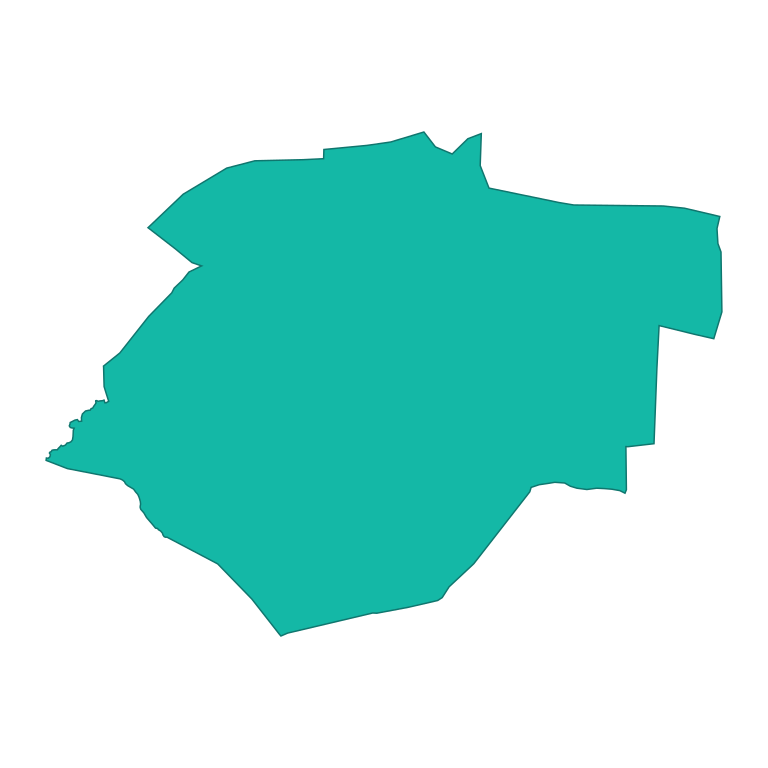 Silame, Sokoto, Nigeria
{"feature_id": "59680162B89701706643364", "entity_name": "Silame", "entity_type": "district", "adm_level": 2, "iso_a3": "NGA", "parent_name": "Nigeria", "parent_adm1": "Sokoto", "projection": "orthographic", "projection_center": [4.756, 12.99], "detail": "fine", "context": "isolated", "style": "filled", "palette": "teal", "viewbox_px": 768, "rotation_deg": 0, "n_neighbors": 0, "source": "geoboundaries", "source_scale": "gbopen_adm2", "svg_char_len": 2092}
<svg xmlns="http://www.w3.org/2000/svg" viewBox="0 0 768 768"><path d="M280.9,636.0L281.4,635.8L287.6,633.1L288.0,633.0L372.7,613.0L376.8,613.2L408.7,607.2L437.7,600.5L442.2,597.6L449.1,586.8L473.8,563.7L529.8,491.8L531.1,487.4L539.2,484.7L548.1,483.4L554.8,482.3L564.7,483.0L570.3,486.2L576.9,488.2L586.9,489.5L596.7,488.2L604.5,488.6L611.8,489.2L619.8,490.6L625.0,493.2L626.4,489.7L625.9,446.6L627.9,446.7L654.0,443.7L656.9,368.3L659.1,325.6L694.9,334.4L713.8,338.7L721.9,311.9L721.0,252.0L717.9,243.5L717.0,228.6L719.8,216.5L684.5,208.2L663.3,206.0L573.8,205.0L558.8,202.5L489.0,188.1L480.2,165.6L481.3,133.6L467.9,138.7L452.2,154.0L435.4,146.9L423.9,132.0L390.7,142.0L367.0,145.4L323.9,149.5L323.6,158.7L303.0,159.7L254.8,160.8L226.7,168.1L183.2,194.2L148.0,227.7L175.4,248.9L192.0,262.6L201.6,265.9L198.7,267.3L189.0,272.0L182.7,280.0L174.2,288.1L171.8,292.8L148.8,316.3L119.8,353.0L103.5,366.1L103.6,367.3L104.1,386.6L106.5,394.4L108.7,401.3L106.1,402.8L104.8,402.8L104.5,401.4L104.0,400.1L102.9,400.6L101.4,400.8L100.0,400.9L98.0,401.3L96.8,400.6L95.8,400.7L95.7,401.6L96.0,402.8L96.0,403.0L95.1,404.4L93.7,406.3L92.7,408.1L91.1,408.6L90.2,410.2L88.5,410.3L85.5,411.0L82.4,414.0L81.4,417.6L81.6,421.2L80.4,421.3L80.2,421.3L78.7,421.5L77.4,419.6L74.9,420.1L72.2,421.5L70.2,422.5L70.0,424.0L69.3,425.9L70.3,427.5L72.0,428.0L74.2,428.2L73.3,430.2L73.2,432.9L73.0,436.7L72.4,440.1L71.5,441.1L70.8,441.9L68.8,442.8L67.1,443.0L65.4,445.1L62.7,446.2L61.2,445.3L60.0,446.7L58.3,448.4L57.3,449.8L55.2,449.8L53.6,449.9L52.1,450.2L51.0,451.8L50.1,452.0L49.4,453.0L50.4,454.7L49.9,456.8L49.1,457.5L48.2,458.3L46.4,458.0L46.1,460.2L46.1,460.4L67.4,468.6L120.2,478.9L121.2,479.4L122.5,480.0L124.5,481.7L125.5,483.7L127.6,485.6L133.6,489.1L135.5,491.8L137.8,494.4L139.2,497.6L140.3,501.4L140.6,504.1L140.2,506.3L140.2,507.6L140.8,509.4L143.8,512.8L146.6,517.6L150.4,522.0L152.8,524.8L155.5,528.1L157.6,528.5L158.4,529.7L160.6,531.0L162.4,533.1L163.0,535.0L164.1,536.6L165.3,537.2L167.0,537.2L217.7,563.9L251.9,599.1L279.2,634.0L280.9,636.0Z" fill="#14b8a6" stroke="#0f766e" stroke-width="1.5"/></svg>